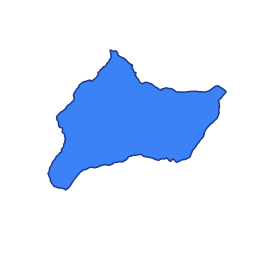 the district of Yacuanquer, Nariño, Colombia, rotated 42°
{"feature_id": "7082276B68439482186320", "entity_name": "Yacuanquer", "entity_type": "district", "adm_level": 2, "iso_a3": "COL", "parent_name": "Colombia", "parent_adm1": "Nariño", "projection": "natural_earth1", "projection_center": [-77.429, 1.122], "detail": "fine", "context": "isolated", "style": "filled", "palette": "blue", "viewbox_px": 256, "rotation_deg": 42, "n_neighbors": 0, "source": "geoboundaries", "source_scale": "gbopen_adm2", "svg_char_len": 5686}
<svg xmlns="http://www.w3.org/2000/svg" viewBox="0 0 256 256"><g transform="rotate(42 128 128)"><path d="M62.7,82.1L63.5,82.8L63.7,83.1L64.1,83.4L66.0,84.5L66.5,85.4L67.8,86.5L68.1,86.9L68.5,87.6L68.6,89.7L68.7,90.2L69.3,91.5L69.5,92.4L69.5,92.7L69.2,93.1L69.1,93.5L69.4,95.2L69.8,96.3L69.8,96.6L69.8,97.0L69.7,97.6L69.5,97.9L68.9,98.7L68.7,99.1L69.2,101.1L68.7,101.5L68.7,102.2L68.6,103.0L69.0,104.5L68.9,105.1L68.8,105.9L68.8,106.8L68.9,107.3L69.2,107.7L69.9,107.8L70.3,108.0L70.5,108.2L70.5,108.9L70.3,110.1L70.6,110.9L70.6,112.4L70.5,113.0L70.1,114.2L70.0,115.3L70.0,116.3L69.9,117.2L69.6,117.5L69.4,117.7L68.8,117.5L68.3,117.5L67.7,118.1L67.4,118.2L66.6,119.4L66.1,120.4L65.7,120.9L65.0,122.4L64.1,123.5L63.9,124.4L63.5,125.0L63.4,127.5L63.1,128.3L63.0,128.5L63.2,129.4L64.0,130.7L64.0,130.9L63.8,131.9L63.8,133.0L64.3,135.9L64.5,137.1L64.5,137.7L64.7,138.4L65.1,139.1L65.2,139.7L65.4,140.0L66.6,141.0L67.8,141.6L68.6,142.4L68.9,143.0L69.0,143.7L69.0,145.9L68.8,148.2L68.7,149.9L68.7,150.0L68.3,150.7L68.1,151.9L68.3,154.0L68.6,155.1L68.6,156.8L68.6,157.1L68.1,158.5L67.9,160.1L67.4,161.0L67.3,161.3L67.3,161.9L67.4,164.6L67.3,165.8L67.2,166.6L67.3,167.1L67.6,167.6L68.3,168.3L69.2,169.0L70.0,169.6L70.9,169.7L71.9,169.7L72.3,169.9L73.2,171.2L75.2,172.8L75.6,173.0L76.8,173.1L77.2,173.0L78.4,172.2L78.9,172.1L79.2,172.1L79.8,172.4L80.2,172.7L81.2,174.2L81.8,174.9L82.3,175.2L83.0,175.2L83.5,175.0L84.4,175.0L85.0,175.2L85.7,175.7L86.5,176.6L87.6,177.3L88.3,177.6L89.2,177.8L89.2,178.0L89.2,178.9L89.5,180.0L90.5,180.3L90.7,180.5L90.8,181.1L90.9,182.4L91.2,182.9L91.8,183.9L92.6,184.7L92.8,186.9L92.8,188.1L92.9,188.7L93.2,189.0L94.3,189.5L94.6,189.8L94.6,190.0L94.0,192.0L93.9,192.6L94.0,193.3L94.4,194.1L94.4,194.5L93.9,196.1L93.8,196.9L93.9,197.7L94.7,199.9L94.7,200.5L94.6,200.9L94.6,201.1L94.7,203.6L94.9,204.3L95.4,205.4L96.2,207.5L96.5,209.8L96.6,210.2L97.0,210.9L98.3,212.5L98.8,214.0L98.8,214.9L98.9,215.1L99.2,215.4L100.7,216.1L102.3,216.9L102.7,217.1L103.4,217.5L104.3,217.9L104.9,218.4L105.5,219.2L106.5,219.2L107.2,219.8L107.6,220.0L108.5,220.0L111.2,220.7L112.1,220.8L116.0,219.2L117.2,218.4L119.0,217.0L120.4,216.3L121.6,215.9L123.1,215.8L123.1,215.1L123.5,214.2L123.8,212.9L123.8,212.2L123.7,209.7L123.5,208.2L122.6,203.6L122.4,201.9L122.5,200.4L122.3,199.2L122.3,197.9L122.0,195.8L122.2,195.0L122.1,194.0L121.9,193.1L122.0,192.6L122.6,191.5L122.7,190.7L122.6,189.9L122.8,189.3L123.8,187.9L124.4,186.7L124.9,186.2L125.1,185.4L125.2,184.7L125.6,183.7L126.4,182.1L127.2,181.5L127.6,181.1L128.7,180.7L129.1,180.2L129.8,179.8L130.3,179.4L130.6,178.7L132.0,176.7L132.3,175.3L132.5,174.8L133.5,173.5L134.1,172.2L135.1,171.0L136.4,169.9L137.0,169.5L138.3,168.8L139.0,168.1L140.0,166.5L140.6,165.2L140.7,163.7L140.8,163.1L141.3,162.4L142.1,161.6L143.7,159.5L144.1,158.7L146.0,157.4L146.4,156.9L146.9,156.3L147.1,155.6L147.1,154.7L147.3,154.2L147.7,153.7L147.9,153.4L147.9,152.8L147.8,151.8L148.1,151.0L147.7,149.8L147.6,149.3L147.7,149.0L148.0,148.1L149.0,147.1L149.3,146.7L149.4,146.0L149.7,145.4L150.6,144.6L152.4,142.5L154.0,140.2L155.2,138.9L155.9,138.7L158.8,138.6L160.1,137.8L161.2,136.8L163.0,136.0L163.6,135.4L164.3,134.9L165.0,134.7L165.6,134.4L166.3,134.0L167.6,133.5L168.5,133.5L169.0,133.4L170.9,132.2L171.2,132.2L172.4,131.6L172.6,131.2L172.9,129.7L173.2,129.2L173.9,128.3L174.4,127.6L176.1,126.3L176.3,125.7L176.3,125.0L176.4,124.7L176.8,124.5L177.1,124.3L177.4,124.3L178.3,124.5L179.7,124.4L180.3,124.7L180.6,124.8L180.9,124.7L181.8,124.2L182.0,124.1L182.1,123.9L182.1,123.5L181.9,121.7L182.0,121.3L182.2,121.1L182.7,120.9L184.3,120.8L185.4,120.9L185.9,121.1L186.4,121.1L186.8,121.0L187.2,120.7L187.6,120.1L188.0,119.1L189.3,115.8L189.8,115.0L190.9,113.9L191.8,112.4L192.2,112.0L192.1,111.6L192.3,111.1L193.2,109.2L193.3,108.1L193.1,106.7L192.6,106.0L192.2,105.2L192.0,104.8L191.8,103.6L191.1,101.8L191.0,101.1L190.9,99.5L191.0,97.8L190.6,95.1L190.3,94.2L190.3,93.5L190.2,91.5L190.3,90.3L189.9,89.5L189.7,89.0L189.8,86.5L190.1,85.8L189.9,85.3L189.7,84.4L189.5,83.6L189.4,83.1L189.2,82.6L188.8,81.8L188.2,81.1L187.4,78.9L187.1,77.9L186.7,76.0L186.7,72.9L186.7,72.4L186.8,70.0L186.9,68.9L187.2,68.0L187.4,66.6L187.3,65.0L187.7,61.3L187.6,60.9L187.0,59.1L186.9,58.4L186.5,57.8L185.9,56.4L185.1,55.3L183.9,54.3L182.9,53.2L182.6,52.7L182.5,51.9L181.5,50.8L179.7,49.0L179.2,48.7L178.1,47.8L177.6,47.6L176.8,47.2L177.1,45.0L177.1,43.7L177.0,41.3L176.9,40.3L176.9,37.5L176.6,35.4L176.0,35.4L175.0,35.2L174.2,35.2L170.4,35.8L168.0,36.2L167.2,36.2L166.7,36.4L166.4,36.7L165.3,38.0L165.0,38.6L164.4,41.0L164.0,43.8L163.7,45.1L163.1,46.6L162.0,48.5L161.4,49.4L160.4,50.4L156.2,53.7L154.5,54.9L152.1,56.9L149.9,59.1L148.7,60.4L146.6,63.0L144.2,65.2L142.8,66.2L141.1,67.8L140.2,68.5L139.4,68.8L134.6,69.4L133.1,70.2L132.8,70.7L132.5,71.0L130.7,72.0L129.9,72.3L129.5,72.5L129.2,73.0L128.8,73.6L128.5,74.4L127.3,75.9L127.0,76.9L127.1,77.8L125.3,78.4L123.1,78.6L122.0,78.8L120.2,79.4L117.8,79.3L116.8,79.4L116.1,79.5L114.4,80.3L112.6,80.9L111.7,81.5L110.7,82.0L110.4,82.3L109.7,83.7L109.2,85.2L109.0,85.6L106.2,86.2L105.7,86.1L104.2,85.3L103.5,85.0L102.3,84.8L101.4,84.9L100.8,84.7L99.6,84.0L99.1,84.2L98.3,84.2L97.9,83.9L97.8,83.6L97.5,82.4L96.9,81.7L96.3,81.7L95.4,82.5L95.2,82.6L94.8,82.6L94.5,82.3L94.2,81.8L93.2,81.5L92.2,80.8L91.7,80.8L91.2,80.9L90.4,80.5L90.0,79.2L89.8,79.0L89.1,78.6L88.8,78.4L88.6,78.3L88.4,78.3L88.1,79.0L87.9,79.3L87.6,79.3L87.0,78.9L85.7,79.1L84.1,79.0L83.2,79.3L82.4,78.9L81.8,78.8L78.7,78.9L78.3,79.1L77.3,79.2L75.7,79.9L72.8,80.5L71.8,80.5L71.3,80.2L70.7,79.6L70.5,79.4L69.0,78.8L68.2,78.7L67.6,78.9L66.9,79.2L66.7,79.4L66.3,80.0L65.0,81.3L64.5,81.5L63.9,81.2L63.6,81.3L62.7,82.1Z" fill="#3b82f6" stroke="#1e3a8a" stroke-width="1.5"/></g></svg>